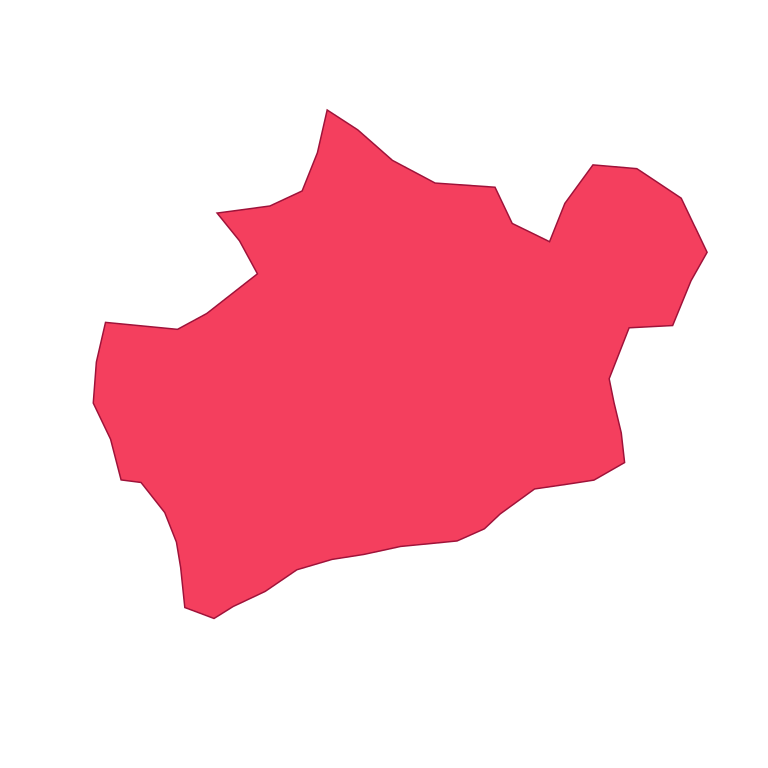 Astromeritis, Nicosia, Cyprus (Albers equal-area conic projection), rotated 193°
{"feature_id": "46923920B14143011196378", "entity_name": "Astromeritis", "entity_type": "district", "adm_level": 2, "iso_a3": "CYP", "parent_name": "Cyprus", "parent_adm1": "Nicosia", "projection": "albers", "projection_center": [33.031, 35.133], "detail": "fine", "context": "isolated", "style": "filled", "palette": "rose", "viewbox_px": 768, "rotation_deg": 193, "n_neighbors": 0, "source": "geoboundaries", "source_scale": "gbopen_adm2", "svg_char_len": 818}
<svg xmlns="http://www.w3.org/2000/svg" viewBox="0 0 768 768"><g transform="rotate(193 384 384)"><path d="M618.6,231.4L598.6,233.4L568.7,209.4L550.7,183.3L540.8,159.3L527.8,121.4L496.9,117.3L480.9,133.3L453.0,155.3L427.1,183.4L395.2,201.4L365.3,213.4L331.4,229.4L277.5,247.5L253.6,265.5L241.6,283.5L213.7,315.6L177.8,329.6L157.8,337.6L131.9,361.6L141.8,389.7L155.8,417.8L165.8,439.8L157.8,493.9L115.9,505.9L108.1,553.6L98.8,585.0L115.5,606.0L117.5,608.4L136.2,631.9L163.7,642.3L186.1,650.7L229.7,644.5L248.4,600.7L254.7,559.9L295.2,569.3L320.1,600.7L379.4,591.3L426.1,603.8L466.7,625.7L501.0,638.2L500.9,594.4L507.2,553.7L535.2,531.8L585.1,513.0L557.0,491.0L532.1,462.9L572.6,412.8L597.5,390.8L669.2,381.4L669.2,340.7L663.0,300.0L638.0,268.7L618.6,231.4Z" fill="#f43f5e" stroke="#9f1239" stroke-width="1.5"/></g></svg>